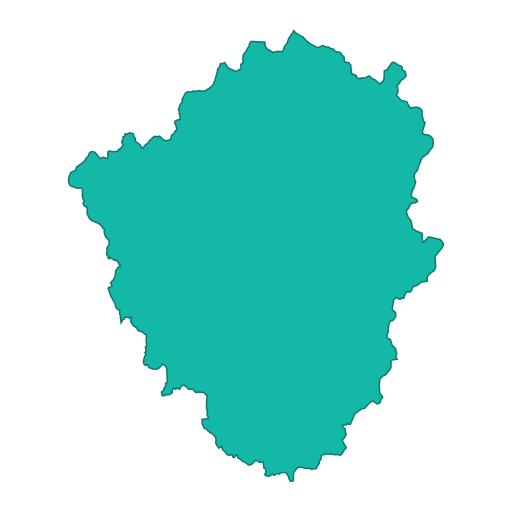 the district of Canchis, Cusco, Peru
{"feature_id": "86281439B44648487270271", "entity_name": "Canchis", "entity_type": "district", "adm_level": 2, "iso_a3": "PER", "parent_name": "Peru", "parent_adm1": "Cusco", "projection": "natural_earth1", "projection_center": [-71.171, -14.099], "detail": "fine", "context": "isolated", "style": "filled", "palette": "teal", "viewbox_px": 512, "rotation_deg": 0, "n_neighbors": 0, "source": "geoboundaries", "source_scale": "gbopen_adm2", "svg_char_len": 6005}
<svg xmlns="http://www.w3.org/2000/svg" viewBox="0 0 512 512"><path d="M108.1,258.1L109.4,258.8L110.2,257.3L114.5,260.3L116.7,260.3L118.7,263.0L118.9,264.3L120.7,265.7L117.8,267.6L115.8,270.5L115.2,275.6L113.9,279.1L110.4,282.9L111.1,283.8L112.0,286.4L108.3,287.8L108.2,288.7L111.1,296.6L114.7,303.1L116.4,308.2L119.9,310.9L119.5,313.6L120.6,316.2L120.4,317.9L121.1,322.7L122.4,320.2L124.2,319.0L125.0,317.4L126.6,317.1L129.3,318.0L130.8,317.0L130.8,321.9L133.2,325.6L136.7,327.8L137.5,329.7L138.7,330.9L142.4,332.0L144.6,333.9L146.5,334.7L146.1,340.6L146.7,346.1L145.4,347.1L146.1,351.0L144.9,352.8L146.2,354.9L144.8,355.9L143.5,360.7L143.6,363.2L144.4,364.6L145.6,365.4L147.5,364.6L149.1,367.6L153.4,369.2L156.6,369.2L159.1,368.0L162.6,364.3L165.2,365.6L166.4,367.6L166.9,371.3L167.3,381.9L166.9,382.7L165.6,383.1L165.8,385.8L164.1,388.0L163.7,390.2L161.5,392.0L162.0,395.5L163.4,395.9L165.8,394.8L169.2,394.8L172.4,392.7L172.1,390.3L173.2,388.2L175.5,389.3L177.2,387.8L179.3,389.2L180.1,388.8L181.1,386.2L183.8,384.9L189.1,389.4L192.6,389.0L195.7,392.6L197.7,392.1L203.5,392.3L207.2,395.8L206.5,402.7L206.5,408.7L207.4,411.1L207.1,415.2L208.7,417.9L206.2,418.9L202.1,419.3L202.1,423.7L204.4,428.5L205.8,428.6L209.6,432.4L213.1,434.3L215.7,437.5L216.1,440.6L215.7,442.2L216.3,444.6L218.8,448.1L221.7,446.6L222.7,449.7L225.8,452.6L227.2,454.8L229.9,455.3L231.6,454.6L232.4,455.1L233.1,457.3L234.7,457.1L235.9,455.0L236.9,455.0L238.0,457.9L241.5,460.1L242.5,461.4L244.9,462.1L248.6,465.0L251.3,464.6L255.5,460.5L257.6,460.9L259.2,462.2L263.2,462.2L263.9,468.1L265.4,468.5L265.8,470.5L265.9,472.4L264.8,474.4L265.7,475.8L269.1,476.2L272.5,474.1L274.4,475.5L276.8,473.4L279.1,474.2L280.3,473.0L284.7,472.3L285.9,472.8L288.1,475.7L289.4,479.7L290.6,481.3L292.7,481.1L293.6,480.1L293.3,477.2L293.7,472.4L297.6,467.5L301.8,467.3L305.7,468.4L309.6,468.4L311.5,469.2L316.3,468.6L317.6,465.5L319.4,463.3L319.1,461.2L320.5,460.0L321.3,457.9L321.2,455.8L322.2,454.9L327.8,453.8L335.6,454.8L337.5,454.5L339.7,455.2L341.5,454.5L344.2,449.9L345.8,448.5L346.2,447.3L342.5,441.3L342.7,439.7L345.1,436.8L346.2,433.9L345.2,432.2L345.4,429.1L343.0,427.2L342.4,425.1L346.5,424.8L347.2,423.6L348.7,424.3L350.4,424.2L354.7,413.9L361.8,408.7L364.6,408.3L369.6,402.8L371.4,401.6L373.1,401.1L377.0,403.9L379.0,403.4L380.4,402.0L381.0,399.1L382.6,397.6L382.3,396.2L380.0,393.6L379.6,391.6L379.3,385.9L379.8,379.0L382.6,376.1L385.6,374.8L390.4,368.9L391.0,367.3L391.0,361.2L391.4,360.5L392.3,359.9L397.1,359.2L395.7,356.8L396.7,353.8L396.5,351.8L395.6,350.6L395.9,348.9L392.1,345.1L390.4,339.5L387.5,338.2L386.8,336.6L387.1,334.4L388.4,331.7L388.0,328.8L389.5,322.2L390.9,320.8L392.2,320.8L393.5,319.9L395.9,316.0L395.5,312.3L392.8,310.3L392.2,308.9L393.6,300.0L396.0,297.6L400.1,299.4L401.7,298.1L403.6,298.4L405.9,292.6L407.8,291.8L410.2,292.1L411.5,290.4L412.6,287.5L414.4,285.9L417.1,285.5L421.2,282.1L427.3,281.2L427.1,276.8L431.1,272.6L434.2,270.5L435.1,268.7L435.7,266.5L435.0,257.3L435.3,256.0L441.7,248.3L443.4,245.0L443.5,243.7L440.4,239.6L429.0,236.9L427.8,237.4L426.7,239.2L423.1,242.2L422.0,238.2L422.5,235.5L421.9,233.2L416.6,231.2L412.7,228.8L411.0,220.8L408.0,216.9L406.4,212.0L406.7,210.1L408.5,208.3L410.7,203.9L412.8,202.9L415.4,202.8L417.3,201.6L417.4,200.5L415.5,198.6L412.3,197.6L411.2,195.1L412.4,190.1L413.8,188.1L415.7,181.8L414.4,178.9L414.2,175.1L414.8,173.4L417.6,169.9L418.8,165.6L422.0,157.7L424.2,156.4L425.7,154.7L428.0,153.6L429.6,150.5L432.6,147.1L433.3,143.3L432.8,138.9L431.0,136.6L428.8,135.1L424.3,134.5L422.4,132.9L422.7,130.4L425.1,122.7L423.9,121.9L423.4,120.5L422.0,114.9L422.2,111.1L421.1,109.2L419.4,107.9L416.5,107.1L410.4,107.9L408.3,105.0L406.7,101.7L401.1,100.3L396.5,95.4L396.5,94.6L397.9,92.5L397.8,88.6L397.0,86.5L397.5,85.1L399.6,83.2L400.3,81.1L404.7,77.7L406.1,75.8L405.1,71.5L402.5,69.8L402.0,68.4L402.2,67.1L401.2,66.1L398.4,65.2L394.1,62.3L392.8,62.3L391.5,63.1L387.4,69.3L384.3,71.0L384.1,78.0L383.5,80.5L379.7,84.2L375.4,80.1L371.5,78.2L369.9,76.3L368.8,76.0L365.0,78.0L361.4,77.9L360.5,78.6L357.0,78.2L356.2,75.6L351.4,73.3L350.8,65.2L348.9,62.8L344.5,61.9L344.1,57.1L342.0,55.1L341.1,53.3L339.6,52.3L335.3,51.5L333.4,49.1L330.8,48.6L329.0,47.2L325.0,46.7L322.9,45.4L318.4,47.5L317.0,47.4L310.2,43.8L306.4,40.8L303.4,37.4L296.2,33.3L293.6,30.7L292.9,32.9L291.4,34.3L288.6,38.6L287.0,43.5L284.5,46.3L283.2,50.5L282.0,51.7L277.8,51.3L272.4,52.5L271.6,51.4L267.2,49.1L265.2,46.1L264.8,42.1L250.9,41.4L249.4,43.8L248.9,46.9L247.5,48.2L246.4,50.9L243.2,54.9L242.8,59.3L243.3,62.8L241.4,63.8L240.6,65.2L241.2,67.1L240.9,68.8L235.8,71.5L228.1,67.8L224.6,62.5L222.3,63.7L220.4,63.6L219.5,66.8L217.6,69.2L217.4,71.5L215.0,79.8L213.2,84.6L211.0,87.0L205.7,90.5L203.0,91.2L198.5,90.6L195.5,91.5L193.5,90.9L190.9,92.1L188.6,91.7L185.7,92.7L182.7,98.2L182.0,100.0L182.4,101.8L180.2,104.4L178.4,109.9L179.4,111.6L179.2,114.1L179.9,115.6L180.4,119.6L178.1,119.7L174.9,121.3L175.0,123.9L176.2,126.2L176.8,129.9L174.7,131.5L174.1,133.5L171.6,135.1L170.6,139.4L166.0,140.9L162.7,139.3L159.6,136.1L157.5,136.8L155.7,136.3L153.9,136.6L148.9,141.4L147.9,143.4L145.8,144.5L142.6,148.3L141.6,147.6L140.2,144.9L135.4,141.2L135.2,138.3L134.3,137.3L133.1,133.7L129.9,132.8L127.7,133.8L125.4,133.8L124.9,134.2L124.6,136.3L123.0,136.9L123.1,139.0L121.8,141.5L121.9,142.6L123.0,144.2L122.9,145.5L120.6,148.4L118.3,149.8L117.6,151.4L112.5,151.7L109.6,151.0L108.2,151.6L107.7,153.0L108.2,154.6L107.7,155.4L108.1,157.6L107.3,158.7L103.4,157.2L100.1,158.4L94.9,152.2L91.2,151.5L89.1,153.3L88.7,155.7L86.9,157.3L84.0,161.6L76.4,167.2L75.7,170.1L70.8,172.5L69.1,176.4L68.5,181.0L69.1,183.9L70.9,186.1L77.4,188.2L81.1,188.0L82.1,188.6L82.5,189.5L82.4,196.2L82.9,198.8L84.4,200.8L83.0,203.5L84.3,206.0L87.0,207.4L87.3,210.5L87.0,213.4L89.1,218.0L91.6,220.5L98.8,223.5L102.5,227.0L102.6,228.3L104.6,229.3L104.1,231.8L105.1,235.6L105.9,237.4L107.3,238.3L109.1,240.7L109.1,244.4L106.9,248.3L107.1,250.6L106.5,253.5L107.0,255.3L108.0,255.7L108.1,258.1Z" fill="#14b8a6" stroke="#0f766e" stroke-width="1.5"/></svg>